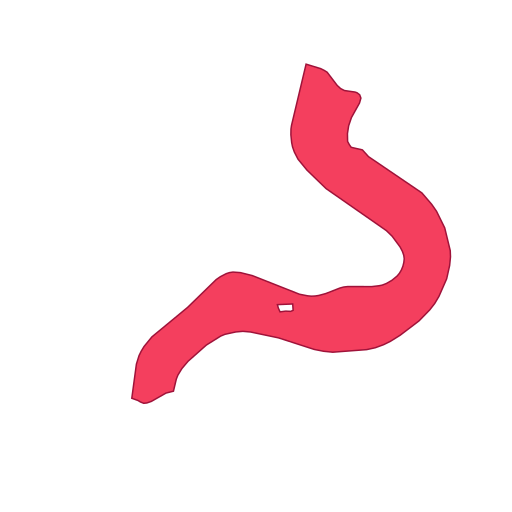 map outline of Qina (Mercator projection), rotated 60°
{"feature_id": "EGY-1551", "entity_name": "Qina", "entity_type": "Governorate", "adm_level": 1, "iso_a3": "EGY", "parent_name": "Egypt", "parent_adm1": "", "projection": "mercator", "projection_center": [32.546, 25.704], "detail": "fine", "context": "isolated", "style": "filled", "palette": "rose", "viewbox_px": 512, "rotation_deg": 60, "n_neighbors": 0, "source": "natural_earth", "source_scale": "10m", "svg_char_len": 1536}
<svg xmlns="http://www.w3.org/2000/svg" viewBox="0 0 512 512"><g transform="rotate(60 256 256)"><path d="M168.2,85.6L171.7,86.2L175.3,89.9L183.8,104.1L189.5,110.6L195.7,115.6L202.6,119.4L206.5,119.5L209.5,119.2L217.3,110.8L226.2,108.9L284.3,80.8L299.2,78.0L307.6,77.3L326.0,78.5L348.5,85.1L354.0,88.0L361.1,93.1L371.1,102.3L382.4,117.7L386.5,125.0L389.5,132.4L393.7,147.3L396.7,170.8L397.1,182.3L396.6,189.8L395.1,198.5L392.4,207.0L377.7,237.6L372.3,245.1L366.0,252.3L338.1,277.5L319.1,298.7L314.7,305.0L311.7,311.4L308.3,322.0L307.7,326.6L308.3,343.5L313.2,367.5L316.4,376.4L320.1,383.2L322.7,386.5L331.8,395.1L329.7,402.5L329.6,419.4L328.7,424.0L327.4,426.9L324.6,429.1L322.2,430.4L317.1,434.7L289.8,413.6L283.8,407.1L281.1,403.1L278.4,398.2L274.0,386.6L266.3,340.9L256.5,302.2L256.1,297.3L256.4,290.6L257.1,287.3L258.4,284.0L262.6,277.8L271.1,269.0L310.8,237.5L316.3,231.2L318.5,228.1L320.2,224.8L321.5,221.5L323.4,214.4L325.7,199.3L326.7,195.6L328.3,191.9L340.4,171.0L343.2,164.5L344.3,161.3L345.0,156.9L345.0,150.3L343.9,143.8L342.7,140.5L340.8,137.1L338.3,133.9L335.5,131.2L332.5,129.0L329.3,127.7L325.2,126.9L320.2,126.7L307.0,128.2L299.2,130.4L232.7,161.6L207.2,168.9L193.2,171.2L185.1,170.8L179.8,169.8L175.6,168.4L168.5,165.2L163.5,162.2L160.6,159.9L114.9,116.7L126.2,106.2L129.4,104.1L132.4,102.5L148.9,100.4L153.3,99.0L156.9,96.7L163.5,88.3L165.1,86.9L168.2,85.6ZM316.4,263.1L318.5,258.0L321.3,253.6L321.6,251.0L315.9,248.2L308.8,261.8L312.3,262.7L316.4,263.1Z" fill="#f43f5e" stroke="#9f1239" stroke-width="1.5"/></g></svg>